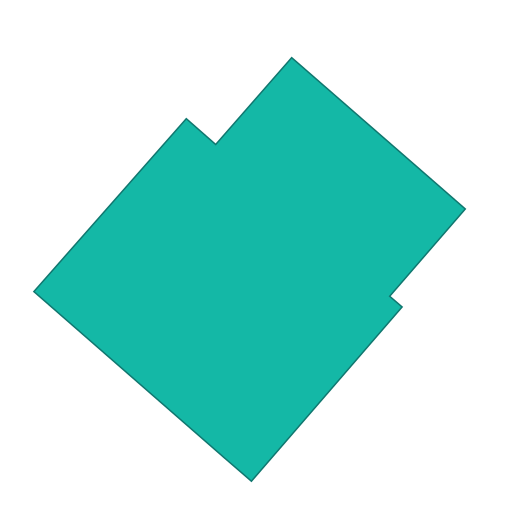 outline of Sheridan, North Dakota, United States of America, rotated 41°
{"feature_id": "52423323B60934570924180", "entity_name": "Sheridan", "entity_type": "district", "adm_level": 2, "iso_a3": "USA", "parent_name": "United States of America", "parent_adm1": "North Dakota", "projection": "orthographic", "projection_center": [-100.282, 47.587], "detail": "fine", "context": "isolated", "style": "filled", "palette": "teal", "viewbox_px": 512, "rotation_deg": 41, "n_neighbors": 0, "source": "geoboundaries", "source_scale": "gbopen_adm2", "svg_char_len": 298}
<svg xmlns="http://www.w3.org/2000/svg" viewBox="0 0 512 512"><g transform="rotate(41 256 256)"><path d="M383.1,83.2L325.6,83.1L152.8,82.9L152.4,198.3L113.3,198.1L111.7,428.6L364.2,429.1L400.3,429.0L399.7,198.6L383.3,198.7L383.1,83.2Z" fill="#14b8a6" stroke="#0f766e" stroke-width="1.5"/></g></svg>